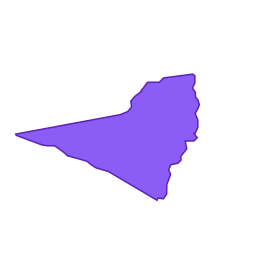 outline of St Phillip, Soufrière, Saint Lucia, rotated 225°
{"feature_id": "8701671B24452545338403", "entity_name": "St Phillip", "entity_type": "district", "adm_level": 2, "iso_a3": "LCA", "parent_name": "Saint Lucia", "parent_adm1": "Soufrière", "projection": "orthographic", "projection_center": [-61.028, 13.844], "detail": "fine", "context": "isolated", "style": "filled", "palette": "violet", "viewbox_px": 256, "rotation_deg": 225, "n_neighbors": 0, "source": "geoboundaries", "source_scale": "gbopen_adm2", "svg_char_len": 870}
<svg xmlns="http://www.w3.org/2000/svg" viewBox="0 0 256 256"><g transform="rotate(225 128 128)"><path d="M203.1,44.3L201.8,43.8L177.2,55.0L172.1,58.7L167.5,63.4L161.9,64.5L155.3,65.5L151.2,65.5L141.1,71.3L133.4,75.5L127.8,76.0L122.7,77.1L111.0,83.4L56.4,97.4L57.3,99.6L52.9,103.0L54.0,108.7L60.6,115.5L65.0,125.2L70.0,127.5L71.7,132.6L67.8,138.3L67.8,142.8L70.6,145.1L71.7,154.8L75.0,157.0L78.3,159.3L78.1,159.5L72.2,165.6L72.2,168.2L72.2,170.1L76.4,170.6L77.2,170.7L76.6,171.2L79.0,177.7L84.1,182.9L90.8,185.8L92.4,191.5L94.1,195.0L98.6,197.3L102.5,197.8L105.3,200.7L110.8,201.9L112.5,207.0L117.5,212.2L120.2,212.0L138.3,188.5L138.3,182.1L140.9,179.9L146.5,174.1L146.0,170.9L145.0,163.4L144.3,163.4L144.5,162.9L145.5,155.4L145.0,149.0L140.3,145.3L139.8,139.5L142.9,132.0L170.7,91.5L192.8,59.3L203.1,44.3Z" fill="#8b5cf6" stroke="#5b21b6" stroke-width="1.5"/></g></svg>